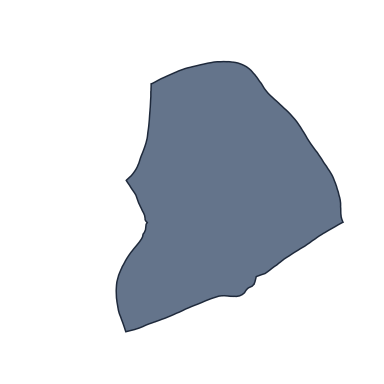 outline of Al Qatn, Hadramawt, Yemen, rotated 59°
{"feature_id": "15242507B78643865459873", "entity_name": "Al Qatn", "entity_type": "district", "adm_level": 2, "iso_a3": "YEM", "parent_name": "Yemen", "parent_adm1": "Hadramawt", "projection": "robinson", "projection_center": [48.348, 15.912], "detail": "fine", "context": "isolated", "style": "filled", "palette": "slate", "viewbox_px": 384, "rotation_deg": 59, "n_neighbors": 0, "source": "geoboundaries", "source_scale": "gbopen_adm2", "svg_char_len": 4785}
<svg xmlns="http://www.w3.org/2000/svg" viewBox="0 0 384 384"><g transform="rotate(59 192 192)"><path d="M205.3,65.6L202.7,65.5L199.8,65.5L198.3,65.5L196.2,65.6L192.3,65.6L190.7,65.7L188.8,65.8L185.6,66.0L184.2,66.2L182.7,66.4L179.5,67.0L176.1,67.6L172.7,68.4L170.1,69.1L167.7,69.9L165.5,70.5L164.7,70.7L161.7,71.6L161.2,71.7L157.7,72.7L155.3,73.5L152.8,74.2L152.1,74.4L149.5,75.2L146.6,75.9L143.9,76.3L141.5,76.6L140.5,76.7L138.8,76.7L138.1,76.7L136.6,76.7L135.2,76.7L134.6,76.7L131.8,77.1L129.2,77.2L126.5,77.4L125.3,77.6L124.0,77.7L121.3,78.3L120.9,78.3L118.1,78.8L116.9,79.2L115.6,79.6L114.4,80.1L112.7,80.8L110.5,82.1L109.3,82.9L108.0,83.8L105.2,86.1L103.4,88.0L101.7,90.1L101.4,90.6L99.7,92.7L99.2,93.4L98.1,95.3L96.7,97.4L96.5,97.7L95.0,100.6L93.4,103.2L91.9,106.3L91.0,108.9L89.7,112.1L88.4,116.1L87.4,119.0L86.4,122.3L85.3,125.7L84.8,127.2L84.3,129.0L83.3,132.0L82.6,134.6L82.3,136.3L82.0,137.7L81.3,141.3L81.0,144.2L80.9,144.5L80.6,147.0L80.1,151.0L79.7,154.1L79.5,156.1L79.0,160.1L78.8,163.7L78.7,167.1L78.5,170.3L78.2,171.3L81.0,173.0L82.0,173.7L83.8,174.8L84.8,175.6L86.3,176.5L88.6,177.9L89.1,178.2L92.0,180.2L95.0,182.2L98.1,184.3L99.3,185.2L100.8,186.2L102.0,187.1L103.0,187.8L104.1,188.6L105.4,189.5L107.4,190.9L108.0,191.3L111.0,193.5L113.3,195.2L115.6,197.0L117.9,198.9L120.4,200.8L122.2,202.2L122.5,202.5L122.8,202.7L124.6,204.5L126.4,206.3L128.4,208.6L128.5,208.7L130.8,211.5L131.6,212.5L133.0,214.3L134.6,216.5L135.7,217.9L136.8,219.2L137.6,220.1L138.5,221.1L139.4,222.1L140.3,223.2L141.0,224.3L142.1,225.7L143.5,228.0L144.0,229.0L144.7,230.4L145.8,233.0L146.8,235.8L147.0,236.9L147.3,238.4L147.9,241.2L148.0,241.8L148.2,242.4L148.6,242.4L151.4,242.3L154.0,242.1L157.3,242.1L160.2,241.9L163.3,241.7L164.8,241.7L165.8,241.7L168.2,242.2L171.6,242.9L173.6,243.3L174.3,243.4L176.8,243.6L177.3,243.7L179.8,243.9L182.4,244.2L185.1,244.3L187.7,244.7L190.2,245.7L191.0,246.1L191.7,246.5L192.1,246.5L193.0,246.5L193.4,246.5L194.0,246.3L194.6,246.2L194.9,246.1L195.1,246.1L195.3,246.1L195.4,246.4L195.4,246.5L195.4,246.8L195.5,247.0L195.8,247.5L196.2,248.1L196.6,248.4L200.4,251.3L202.2,253.8L202.9,255.6L205.0,257.5L206.4,259.8L206.9,261.0L207.7,262.7L208.8,265.7L208.8,265.9L209.0,266.2L210.0,269.1L210.5,270.6L210.9,271.7L211.7,273.7L212.1,274.9L212.6,276.1L213.6,278.4L215.3,281.9L216.8,284.7L217.1,285.1L218.9,288.1L219.6,289.4L220.3,290.6L221.0,291.4L221.8,292.7L222.1,293.1L222.5,293.6L223.7,295.3L225.6,297.8L226.7,298.9L228.3,300.6L230.4,302.7L232.7,304.5L235.6,306.5L237.4,307.7L237.9,308.0L239.0,308.6L241.0,309.7L243.9,311.3L246.3,312.3L247.3,312.8L250.1,313.9L251.9,314.6L252.9,315.0L255.5,316.0L258.3,316.8L260.2,317.2L261.1,317.3L263.3,317.7L264.1,317.9L266.3,318.3L267.5,318.5L270.0,319.0L272.8,319.6L275.4,320.2L276.7,320.5L277.7,320.7L278.5,318.0L279.3,315.4L280.4,311.8L280.6,310.7L281.1,308.7L281.4,307.3L281.7,305.5L282.1,303.0L282.1,302.6L282.4,299.8L282.9,296.8L283.1,295.9L283.6,293.6L284.1,291.0L284.3,290.5L284.3,290.2L284.8,287.7L285.4,284.5L285.5,283.7L286.3,280.0L286.7,277.2L287.2,273.9L287.6,270.9L287.9,267.8L288.4,265.0L288.8,261.1L289.0,258.0L289.2,256.5L289.5,254.7L289.9,251.5L290.5,247.9L291.1,244.7L291.6,241.3L291.7,240.7L292.0,238.2L292.3,236.0L292.4,235.4L292.7,233.7L292.9,232.5L293.2,230.8L293.7,228.5L294.4,225.6L295.1,222.6L296.2,220.1L297.6,217.6L299.4,215.1L301.1,212.9L301.8,211.8L302.7,210.4L303.2,209.5L304.4,207.7L305.5,204.8L305.8,201.7L305.4,198.9L304.1,196.4L303.8,195.3L303.7,195.1L303.5,194.5L303.4,194.2L303.4,193.9L303.4,193.6L303.2,193.1L303.7,189.0L303.2,187.2L303.1,186.7L303.0,186.3L302.9,186.3L302.9,186.2L301.3,184.2L297.6,180.5L298.7,174.8L299.5,171.4L299.3,168.3L299.2,167.5L299.0,165.5L298.6,162.7L298.3,159.8L298.2,156.8L297.9,155.2L297.7,153.9L297.6,152.5L297.3,150.5L297.1,148.8L296.9,147.5L296.8,144.1L296.8,142.6L296.8,141.4L296.7,140.2L296.6,138.1L296.5,136.0L296.5,134.3L296.5,132.2L296.5,130.6L296.4,128.8L296.4,127.5L296.5,123.1L296.2,119.9L296.2,118.5L296.1,117.1L295.7,113.6L295.7,112.8L295.6,110.2L295.4,108.7L295.3,107.4L295.2,105.5L295.2,103.9L295.2,102.4L295.1,101.2L295.2,99.1L295.2,98.1L295.2,97.2L295.2,94.7L295.3,90.9L295.4,87.2L295.4,84.7L295.4,83.3L295.6,79.1L295.7,78.1L295.2,78.1L292.4,77.6L290.0,76.9L288.6,76.2L287.4,75.7L285.1,74.4L282.7,73.0L280.9,72.1L280.5,71.8L278.1,70.4L275.2,69.1L272.6,68.2L272.1,68.1L269.9,67.5L269.6,67.4L267.2,66.6L265.3,66.2L264.0,65.9L261.5,65.2L259.9,64.9L258.6,64.6L255.9,64.2L253.2,63.7L250.8,63.4L248.9,63.3L248.3,63.3L246.7,63.3L245.0,63.3L243.1,63.4L242.1,63.5L240.6,63.5L239.7,63.5L239.2,63.5L237.2,63.7L234.5,63.9L234.1,63.9L231.1,63.9L230.2,63.9L228.6,64.0L225.6,64.2L222.4,64.3L221.3,64.5L218.9,64.8L217.5,64.9L215.3,65.1L212.8,65.3L211.6,65.4L209.1,65.5L206.1,65.6L205.3,65.6Z" fill="#64748b" stroke="#1e293b" stroke-width="1.5"/></g></svg>